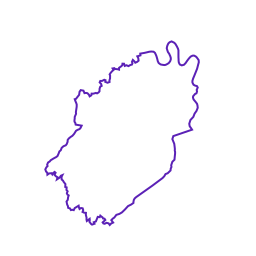 São Miguel do Iguaçu, Paraná, Brazil, rotated 226°
{"feature_id": "56859067B79605387637563", "entity_name": "São Miguel do Iguaçu", "entity_type": "district", "adm_level": 2, "iso_a3": "BRA", "parent_name": "Brazil", "parent_adm1": "Paraná", "projection": "natural_earth1", "projection_center": [-54.239, -25.398], "detail": "fine", "context": "isolated", "style": "outline", "palette": "violet", "viewbox_px": 256, "rotation_deg": 226, "n_neighbors": 0, "source": "geoboundaries", "source_scale": "gbopen_adm2", "svg_char_len": 3657}
<svg xmlns="http://www.w3.org/2000/svg" viewBox="0 0 256 256"><g transform="rotate(226 128 128)"><path d="M68.0,118.1L68.1,120.6L68.8,123.0L67.9,125.1L67.9,126.7L67.9,129.1L69.1,130.5L69.8,132.2L71.2,133.2L72.9,136.5L72.9,139.4L74.3,141.0L76.8,144.0L78.1,145.3L79.2,145.9L80.3,147.1L81.7,148.2L84.5,150.3L89.2,152.2L90.7,155.0L82.3,172.9L83.8,173.2L86.4,173.6L88.5,175.0L90.4,178.5L90.6,182.7L92.1,185.9L92.7,189.1L94.1,192.2L95.9,193.6L97.5,194.5L100.1,194.8L103.0,195.0L104.8,195.9L105.6,196.9L105.9,199.9L105.4,201.3L106.3,203.0L107.7,203.9L108.7,206.3L110.3,206.7L111.9,205.7L113.6,205.2L115.9,205.9L117.1,207.0L118.3,209.1L119.5,211.9L122.6,218.8L123.5,220.3L125.1,222.9L126.1,224.6L127.8,226.0L129.1,226.2L131.1,226.5L132.5,226.4L134.2,225.8L135.2,224.7L135.8,222.9L135.8,221.5L135.6,219.4L135.3,217.5L135.0,216.0L134.7,214.6L134.6,212.2L135.7,210.2L137.7,209.4L139.7,210.0L141.1,211.0L142.5,212.3L143.8,213.4L146.0,215.5L148.8,218.2L150.2,219.0L152.6,219.8L155.5,220.5L157.2,220.5L160.0,219.5L160.8,217.5L160.8,215.8L160.3,214.4L159.7,213.1L158.5,211.3L156.6,210.3L154.9,209.5L152.8,209.2L151.5,208.7L150.3,208.3L148.6,207.4L147.6,206.4L146.7,204.6L146.4,202.3L146.8,200.5L147.3,198.9L148.1,197.8L149.9,196.4L151.1,195.6L153.4,195.2L155.3,195.8L157.5,197.1L159.8,198.3L161.0,198.8L163.3,199.6L165.1,199.4L166.9,197.8L168.2,196.1L169.4,194.0L170.8,191.7L173.0,188.5L171.6,187.4L172.3,186.0L173.1,184.5L171.1,183.9L169.1,182.4L169.2,180.6L169.9,178.6L171.4,178.9L173.6,178.8L172.8,176.8L171.5,176.2L170.9,174.9L171.7,173.4L172.2,171.3L174.2,170.5L174.9,168.8L177.0,169.8L178.1,168.7L177.1,167.5L177.1,165.9L177.5,163.4L176.2,162.1L177.6,161.3L179.3,159.8L180.6,159.7L181.5,158.3L179.8,157.9L179.9,155.9L179.7,153.8L179.3,152.0L178.2,151.6L176.1,149.5L175.2,147.8L173.9,146.7L174.8,144.7L177.0,143.7L178.0,145.0L179.2,144.4L179.9,142.0L181.1,140.8L180.5,139.3L178.4,139.3L176.6,138.3L177.0,136.8L176.1,135.0L175.2,134.0L174.2,133.0L174.0,131.6L174.4,129.8L175.5,129.3L176.8,126.9L178.0,125.7L177.0,124.3L177.4,122.4L179.0,123.0L181.2,123.0L182.4,122.2L183.3,120.9L185.8,121.9L187.1,121.0L188.1,120.3L187.7,118.3L185.8,115.9L185.4,112.8L185.1,110.9L185.7,109.7L184.0,108.9L181.9,108.1L180.5,107.4L178.9,105.8L175.6,101.5L174.3,100.5L173.0,97.4L171.8,96.2L170.8,94.9L169.7,93.9L168.2,93.6L166.8,92.7L161.9,96.3L161.0,93.9L160.9,92.4L161.7,90.4L162.1,88.7L161.2,85.1L161.0,82.6L161.4,80.6L161.6,78.1L161.3,76.3L160.0,74.9L159.0,72.7L158.8,71.2L159.7,68.9L159.8,66.5L158.7,64.2L158.8,62.3L157.9,60.5L156.8,57.8L157.0,56.0L157.4,54.7L157.9,52.8L158.5,50.0L158.3,48.5L158.7,46.5L157.8,44.4L156.5,43.7L156.4,41.9L155.7,39.8L153.6,38.8L152.0,38.9L150.4,37.6L150.1,39.7L148.6,41.6L147.2,41.3L147.6,42.7L147.4,44.7L146.1,44.8L145.4,42.6L143.3,42.6L141.5,43.1L140.4,41.2L139.8,44.4L140.3,46.5L139.7,48.1L139.0,46.2L137.0,44.5L135.4,44.7L133.9,44.3L131.1,44.0L129.2,41.9L127.9,42.6L126.2,40.7L124.4,40.6L123.6,38.7L122.2,38.2L120.7,38.5L119.8,36.8L118.2,34.8L117.8,32.7L115.1,31.0L113.7,30.6L112.1,29.5L110.5,30.4L108.6,29.9L107.9,31.1L106.6,31.9L107.4,34.0L106.4,38.5L104.9,37.5L103.4,36.9L103.1,38.6L101.7,39.6L100.0,38.7L99.2,37.0L97.6,37.6L96.2,38.8L94.8,37.3L92.3,35.9L90.9,34.5L89.7,33.8L89.3,37.3L88.3,36.5L87.3,35.1L84.7,34.8L83.5,35.0L82.4,37.4L84.0,37.9L83.1,40.0L85.1,44.5L83.5,45.7L84.2,47.2L83.0,47.3L81.3,47.6L80.2,47.2L79.1,48.1L77.6,47.8L77.7,44.2L76.4,44.0L75.3,44.7L74.7,46.7L72.9,47.8L70.9,47.5L71.0,49.6L70.3,51.6L73.3,52.0L73.4,54.1L73.1,55.9L73.6,59.3L72.2,62.1L71.5,65.0L71.5,69.0L71.8,73.8L70.8,76.9L70.3,79.8L71.3,80.9L72.2,82.2L72.7,83.9L72.6,86.0L72.2,88.5L69.6,105.5L68.0,118.1Z" fill="none" stroke="#5b21b6" stroke-width="2"/></g></svg>